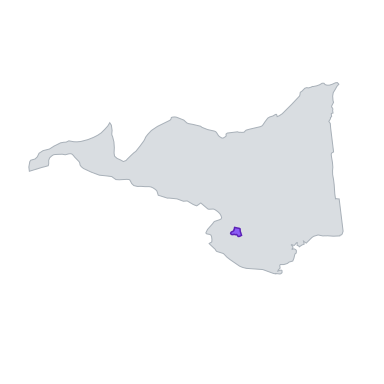 Ngo-ketunjia, Nord-Ouest, Cameroon (highlighted), rotated 263°
{"feature_id": "32672807B14234433619225", "entity_name": "Ngo-ketunjia", "entity_type": "district", "adm_level": 2, "iso_a3": "CMR", "parent_name": "Cameroon", "parent_adm1": "Nord-Ouest", "projection": "natural_earth1", "projection_center": [10.486, 5.994], "detail": "fine", "context": "in_parent", "style": "filled", "palette": "violet", "viewbox_px": 384, "rotation_deg": 263, "n_neighbors": 0, "source": "geoboundaries", "source_scale": "gbopen_adm2", "svg_char_len": 4330}
<svg xmlns="http://www.w3.org/2000/svg" viewBox="0 0 384 384"><g transform="rotate(263 192 192)"><path d="M100.5,265.2L101.2,263.0L106.4,252.8L109.6,236.6L111.1,232.8L112.6,230.2L120.2,221.6L123.0,218.8L127.1,215.7L130.0,209.3L130.9,208.6L132.2,208.1L138.7,202.7L139.3,203.7L139.7,205.0L140.2,205.6L142.3,206.0L145.2,206.0L146.8,205.6L147.7,204.5L148.6,201.6L149.1,201.0L149.8,200.8L153.0,202.9L158.2,208.8L159.5,209.9L160.1,211.0L161.2,216.4L161.8,217.7L163.0,218.3L165.0,217.9L167.1,217.0L168.9,215.6L170.7,213.8L172.0,212.2L172.5,211.0L172.8,206.7L173.2,205.7L180.0,199.4L179.8,198.8L178.7,197.0L177.7,195.0L178.7,193.0L179.7,191.4L183.7,186.2L183.9,182.3L187.0,176.3L188.8,168.4L188.9,166.9L192.9,158.1L197.2,157.3L198.9,156.1L200.8,153.9L202.0,151.9L202.6,150.0L203.0,146.3L203.8,142.1L204.2,138.4L205.5,135.0L207.7,133.2L211.4,131.8L212.0,131.1L212.5,128.9L213.0,121.3L213.6,118.0L217.1,114.2L218.6,108.3L220.0,102.1L223.9,94.6L228.5,87.2L230.6,85.2L232.4,84.2L234.5,84.1L235.9,83.6L240.8,79.9L242.9,78.6L244.4,77.3L244.8,76.2L244.9,74.6L244.4,70.7L245.3,67.9L245.7,63.5L245.9,60.1L245.8,59.0L244.8,57.0L243.3,54.9L240.9,53.6L237.4,53.2L235.6,52.5L235.0,48.6L234.7,46.1L232.4,33.1L236.7,33.1L241.9,34.7L243.2,35.8L243.9,40.3L245.8,42.8L249.1,44.9L251.2,49.2L252.0,55.7L253.8,59.5L254.2,60.2L256.8,67.5L257.0,70.9L256.8,73.1L257.8,76.0L256.3,80.8L255.8,83.8L255.7,87.9L256.7,95.2L258.2,100.9L259.9,105.5L261.7,109.0L264.7,112.9L267.8,116.5L270.8,118.8L268.1,120.1L262.8,120.2L259.7,119.5L258.3,119.4L256.8,119.9L251.2,120.6L245.5,120.3L240.2,119.4L237.0,119.5L234.5,121.7L232.5,125.0L230.6,127.6L231.3,130.4L232.7,132.0L235.4,135.5L237.9,138.9L239.2,141.2L244.1,146.2L248.8,150.6L251.0,152.1L251.9,152.5L254.5,155.0L258.0,159.2L261.3,165.7L265.9,178.9L266.9,180.0L268.5,180.6L268.7,182.0L268.6,184.1L268.1,185.8L264.4,192.6L261.2,195.3L260.3,196.9L259.1,200.8L256.2,208.6L255.0,209.7L252.1,215.0L249.7,221.7L249.1,222.7L248.2,223.5L244.8,225.1L243.7,226.0L242.0,228.1L241.7,229.4L242.5,231.3L243.5,232.8L245.3,232.8L246.2,234.2L246.2,244.5L245.4,246.1L245.5,246.8L245.1,248.6L245.0,250.5L245.2,251.3L245.9,252.0L246.8,253.3L247.3,256.5L248.5,267.7L249.0,269.4L250.0,270.6L252.9,273.1L256.1,276.2L257.0,278.3L257.6,281.6L258.8,284.3L258.8,285.2L258.3,285.5L256.4,285.7L257.0,287.7L258.6,291.0L266.6,301.3L274.2,310.5L276.0,311.2L277.3,311.4L277.9,311.9L278.6,313.3L281.2,316.6L281.6,318.5L281.1,320.4L281.6,323.2L282.1,324.3L281.9,325.2L282.2,328.7L282.9,331.8L284.1,334.4L283.9,336.2L282.4,337.2L281.6,338.9L281.3,341.3L281.8,344.2L282.9,347.6L282.9,349.6L281.1,350.9L279.1,348.6L276.8,347.0L273.4,344.3L270.0,343.3L265.6,343.1L263.7,343.4L260.5,341.2L259.4,340.9L258.0,341.8L257.0,341.9L255.7,341.5L253.2,341.6L253.0,340.0L252.6,339.7L249.9,339.8L249.0,338.5L248.7,338.6L247.6,338.2L245.4,336.4L243.2,337.6L238.4,337.4L214.5,337.4L213.9,335.7L212.7,334.8L210.6,334.7L204.2,335.0L199.4,334.8L196.1,334.1L192.1,333.7L187.1,334.0L181.9,334.0L172.7,333.5L167.7,333.6L167.8,334.6L167.5,335.4L167.2,337.2L134.7,337.2L132.1,336.0L131.3,335.2L131.0,333.6L130.4,333.4L130.9,326.9L132.0,321.4L132.5,316.4L134.0,311.9L133.2,307.4L132.2,305.4L127.3,299.1L129.6,296.7L126.6,297.0L126.0,294.7L124.5,291.8L125.4,291.4L126.3,289.8L129.0,290.3L128.9,289.5L126.6,287.2L126.8,286.0L127.7,284.6L127.3,284.1L125.6,285.4L124.4,285.4L123.5,284.5L122.8,284.4L123.2,286.2L122.3,287.8L121.4,288.4L119.9,288.3L118.6,287.9L118.3,287.0L117.2,286.3L113.9,285.1L111.2,283.6L110.6,279.8L109.5,278.1L109.1,276.2L108.8,274.1L109.2,270.8L108.5,270.2L107.7,270.1L106.5,270.2L105.5,270.0L104.2,268.2L103.0,267.5L103.7,270.9L102.9,271.8L100.9,271.5L100.1,270.3L99.9,269.3L100.9,265.2L100.5,265.2Z" fill="#d9dde1" stroke="#a8b0b8" stroke-width="1"/><path d="M145.1,225.9L144.8,226.7L144.7,227.7L144.9,228.3L144.7,229.1L144.3,229.8L144.4,230.5L144.4,231.1L144.1,231.3L142.9,232.0L142.3,232.4L142.1,233.2L142.3,234.1L142.4,234.5L143.0,235.9L143.3,235.8L144.3,235.6L144.5,235.6L145.1,235.5L146.1,235.3L146.9,235.1L147.0,235.1L148.0,235.1L148.9,235.2L149.6,235.2L150.2,234.4L150.5,233.4L150.9,232.1L151.0,231.9L151.3,231.0L151.4,230.8L151.7,230.0L151.6,229.9L149.9,229.5L149.8,229.4L149.6,229.3L149.6,229.1L148.6,228.8L147.9,227.6L147.7,226.9L147.5,226.2L146.6,225.4L146.0,225.3L145.6,225.6L145.1,225.9Z" fill="#8b5cf6" stroke="#5b21b6" stroke-width="1.5"/></g></svg>